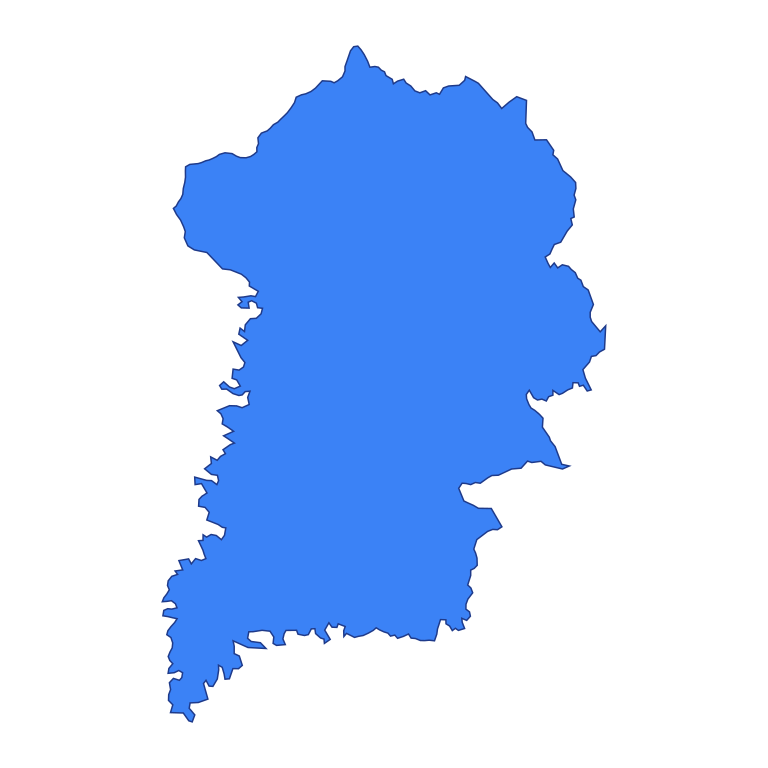 Muitos Capões, Rio Grande do Sul, Brazil (Albers equal-area conic projection)
{"feature_id": "56859067B15712827414216", "entity_name": "Muitos Capões", "entity_type": "district", "adm_level": 2, "iso_a3": "BRA", "parent_name": "Brazil", "parent_adm1": "Rio Grande do Sul", "projection": "albers", "projection_center": [-51.26, -28.402], "detail": "fine", "context": "isolated", "style": "filled", "palette": "blue", "viewbox_px": 768, "rotation_deg": 0, "n_neighbors": 0, "source": "geoboundaries", "source_scale": "gbopen_adm2", "svg_char_len": 5726}
<svg xmlns="http://www.w3.org/2000/svg" viewBox="0 0 768 768"><path d="M172.8,704.8L170.5,712.6L183.3,713.0L188.8,720.8L192.2,721.9L194.8,714.9L189.2,708.3L190.1,702.9L198.3,702.5L207.9,699.1L203.5,683.5L206.0,680.3L209.1,686.1L212.9,686.4L217.3,679.0L218.7,669.8L218.5,665.2L222.2,667.3L224.1,673.9L225.0,679.2L229.4,678.8L232.9,668.6L238.5,668.7L242.3,665.4L239.3,656.0L234.2,653.6L234.2,646.2L233.1,640.8L248.0,647.5L266.0,648.5L260.4,642.7L251.2,641.5L247.6,638.3L248.8,631.8L253.0,631.7L262.1,630.3L270.0,631.2L273.8,637.0L273.1,643.4L276.5,645.4L285.3,644.6L282.9,638.9L284.1,633.8L286.0,630.4L296.6,630.3L298.0,634.2L304.5,635.5L308.3,634.6L311.3,628.9L314.9,628.7L315.6,633.6L320.6,638.0L324.0,639.1L324.4,643.4L330.2,639.4L324.7,630.1L328.9,622.8L332.0,627.2L336.9,627.4L338.2,623.8L345.2,626.5L343.7,630.8L343.9,636.5L346.5,633.4L350.8,635.5L354.5,637.4L358.6,636.3L363.2,635.5L368.4,633.1L373.2,630.4L376.2,627.8L379.6,629.9L384.0,631.9L387.9,633.1L390.5,636.1L394.8,635.1L397.6,638.3L403.4,636.4L408.5,634.0L411.1,638.1L415.4,638.5L420.4,640.5L424.6,640.6L429.2,640.2L434.5,640.8L436.8,634.1L437.5,628.9L438.7,625.3L440.5,619.6L445.9,619.8L446.0,623.8L449.6,626.0L452.3,630.6L455.4,628.3L458.4,630.4L464.6,628.5L462.2,622.3L461.8,618.3L466.7,620.4L470.4,616.2L469.5,611.9L465.9,609.1L466.0,604.2L467.9,599.1L472.7,592.8L470.9,588.0L467.7,585.0L470.7,575.5L470.7,570.1L474.2,568.4L477.2,565.3L477.0,558.1L475.6,553.1L473.8,549.1L476.8,539.6L487.6,531.4L492.7,529.4L497.5,529.7L501.9,526.8L491.3,508.5L478.4,508.3L473.3,505.3L467.7,502.8L463.9,501.0L458.7,488.3L462.1,483.2L466.1,483.5L470.7,484.6L475.3,482.5L480.3,483.2L487.8,477.8L491.9,475.5L498.4,475.2L511.6,469.0L521.1,468.2L527.5,461.1L531.8,462.5L541.0,461.3L545.3,464.9L562.5,469.0L569.3,466.0L561.7,464.3L555.1,446.6L550.5,440.8L549.3,437.2L542.4,427.2L542.7,422.6L543.0,418.2L539.4,414.3L534.7,410.3L531.0,408.0L528.9,404.5L526.6,398.8L526.3,394.5L529.3,390.2L533.6,397.7L537.5,400.0L541.9,399.1L546.3,401.0L548.6,396.7L552.9,395.2L552.9,390.4L559.1,394.6L562.5,393.3L567.7,389.9L572.4,388.0L573.0,382.7L578.1,382.8L579.5,386.3L583.3,385.2L587.2,391.0L591.2,389.9L585.4,378.2L582.9,369.6L589.5,362.0L591.4,356.4L596.0,355.6L599.5,352.0L604.5,349.2L605.7,325.8L600.2,331.8L591.6,321.5L590.2,317.2L590.2,312.3L593.4,304.5L588.2,290.0L583.3,286.6L580.9,280.2L577.7,278.2L575.3,272.7L571.2,269.4L568.5,266.3L562.3,264.8L557.7,267.9L554.2,263.0L550.3,267.5L548.0,263.3L545.2,257.0L549.9,254.0L552.1,249.0L554.3,244.5L560.7,242.2L567.2,231.1L572.3,224.9L570.8,218.5L574.2,217.0L573.3,208.9L575.8,199.8L574.1,195.1L575.9,188.5L575.6,182.5L570.7,177.0L562.9,170.6L557.6,159.0L552.9,154.8L553.7,150.3L546.5,139.8L534.9,140.0L532.0,131.9L527.6,127.4L525.7,123.4L526.5,100.4L516.7,96.7L509.0,102.2L501.7,108.5L497.5,102.9L492.8,99.5L478.4,83.3L475.1,81.4L465.6,76.5L464.7,80.3L459.2,85.3L448.7,86.0L443.4,87.9L439.5,94.3L436.3,92.8L430.0,94.9L425.6,90.7L419.8,92.8L414.9,90.9L410.8,86.0L406.1,83.0L403.7,79.2L397.6,81.1L393.4,83.8L392.2,79.3L386.0,75.6L384.5,71.8L381.3,70.2L378.4,67.2L374.9,66.5L369.9,67.2L367.6,61.2L364.2,54.6L361.1,49.9L357.8,46.1L353.7,46.7L350.5,50.8L347.2,60.4L345.0,66.6L345.0,71.0L342.5,76.8L337.7,80.8L334.1,82.8L330.8,81.3L322.3,80.8L315.5,88.1L311.0,91.5L305.8,93.8L301.5,94.8L296.2,97.2L294.5,102.6L291.3,107.5L287.3,112.8L284.1,116.0L280.6,119.3L277.8,122.2L273.4,124.7L270.3,128.2L267.2,130.9L261.4,133.1L257.9,137.8L258.5,143.7L256.8,147.6L256.9,151.8L253.9,154.4L250.6,156.5L246.0,157.8L240.2,157.6L236.5,156.2L232.1,153.6L225.0,152.8L219.4,154.4L216.4,156.6L212.6,158.5L209.1,160.0L205.7,160.8L201.5,162.6L198.2,163.6L189.8,164.4L185.6,166.8L185.4,170.8L185.5,177.2L184.8,182.4L183.3,188.5L182.8,194.3L180.9,198.6L178.5,201.8L176.2,206.1L173.4,208.4L176.6,214.6L180.6,220.1L183.7,226.9L185.3,231.6L184.3,237.8L187.9,245.9L194.3,249.9L206.9,252.5L222.5,268.9L230.3,269.8L241.4,274.2L246.0,277.8L249.5,282.1L249.3,286.0L258.3,291.3L255.5,296.6L250.9,295.8L243.5,297.0L238.4,297.4L242.0,301.7L237.9,304.9L241.3,307.9L249.1,308.1L248.2,302.2L251.6,300.7L256.4,303.2L257.6,307.7L262.5,308.3L261.1,313.8L256.3,318.3L250.4,318.7L245.3,324.8L244.5,331.5L240.1,328.1L238.8,334.2L247.7,340.3L241.2,345.5L233.1,341.8L241.0,357.7L244.9,362.5L243.5,367.0L239.1,370.1L233.1,369.1L232.1,378.3L236.7,379.9L240.3,386.1L234.3,388.7L229.5,387.0L223.7,381.8L219.6,385.5L221.8,389.2L226.7,389.1L233.0,393.6L238.9,395.5L242.2,394.9L245.2,391.6L250.0,391.2L247.7,397.4L249.2,404.5L242.1,407.7L236.6,405.9L229.5,405.7L217.3,410.7L220.9,413.8L223.1,418.7L222.2,423.9L227.3,426.9L233.6,431.3L223.6,435.8L228.0,438.7L234.4,443.1L230.4,444.6L223.0,449.7L225.4,453.7L220.5,456.4L217.2,460.3L210.7,456.9L211.4,463.5L204.6,468.8L211.4,474.4L217.4,475.3L218.6,480.6L216.9,484.6L211.5,480.6L206.7,480.4L194.7,477.1L195.1,484.6L201.5,483.6L207.0,493.0L202.0,496.2L199.0,499.4L198.6,506.2L205.1,507.4L209.2,512.3L206.8,520.0L212.2,522.1L218.2,524.5L222.3,527.3L225.8,527.9L224.5,535.3L221.4,539.7L216.3,535.5L211.1,534.5L206.6,537.1L203.1,534.8L203.0,540.4L198.5,540.7L202.9,550.1L204.2,554.3L205.9,558.6L201.4,560.5L195.6,558.6L191.3,563.9L188.6,558.9L178.9,560.6L182.7,569.9L175.1,571.0L177.6,574.4L171.8,576.3L168.2,580.8L167.5,585.5L169.3,589.8L166.8,594.0L163.9,597.7L162.3,601.7L166.7,601.4L171.4,600.7L175.4,603.7L177.0,607.8L171.8,609.1L167.7,608.7L163.8,610.4L162.9,615.8L167.9,616.6L172.4,617.7L177.1,618.7L174.6,622.6L170.9,626.7L167.9,630.7L166.8,634.7L170.9,637.5L172.7,642.9L172.2,647.9L170.0,652.0L168.2,656.5L169.8,660.5L172.8,663.7L168.9,668.4L168.1,673.3L174.2,672.7L178.8,670.5L182.6,672.7L181.8,677.6L179.4,680.3L173.4,678.4L169.4,682.7L170.6,689.6L168.7,694.6L168.5,700.4L172.8,704.8Z" fill="#3b82f6" stroke="#1e3a8a" stroke-width="1.5"/></svg>